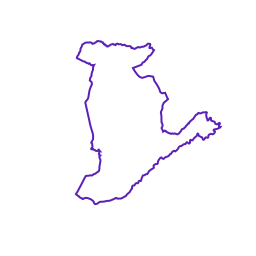 Las Naves, Bolivar, Ecuador (Equal Earth projection), rotated 209°
{"feature_id": "8360857B91548183775904", "entity_name": "Las Naves", "entity_type": "district", "adm_level": 2, "iso_a3": "ECU", "parent_name": "Ecuador", "parent_adm1": "Bolivar", "projection": "equal_earth", "projection_center": [-79.297, -1.282], "detail": "fine", "context": "isolated", "style": "outline", "palette": "violet", "viewbox_px": 256, "rotation_deg": 209, "n_neighbors": 0, "source": "geoboundaries", "source_scale": "gbopen_adm2", "svg_char_len": 5810}
<svg xmlns="http://www.w3.org/2000/svg" viewBox="0 0 256 256"><g transform="rotate(209 128 128)"><path d="M155.3,205.8L156.1,204.8L156.7,204.1L158.3,203.8L158.6,203.2L159.1,202.8L160.3,200.7L160.6,200.4L161.8,200.1L162.8,200.2L163.6,199.6L163.9,199.7L164.5,200.4L165.6,200.6L166.7,200.2L168.2,199.3L169.1,198.9L169.8,198.9L170.6,199.2L171.5,199.1L172.9,197.9L173.2,197.7L174.7,197.9L175.5,197.5L176.6,196.8L178.1,196.7L179.1,195.4L179.0,194.6L179.1,194.4L179.3,194.3L180.2,194.5L180.9,194.1L181.9,194.2L183.7,192.3L184.7,190.1L185.7,189.1L186.0,189.2L186.5,189.7L187.8,189.3L188.2,189.8L188.5,190.0L188.9,189.9L189.3,189.5L189.6,189.5L190.3,190.2L191.1,190.1L191.6,190.7L192.6,190.4L193.8,190.6L194.2,190.2L195.8,189.8L197.1,189.0L197.1,188.7L197.7,187.3L198.8,185.4L199.7,184.5L200.1,184.4L200.9,184.9L201.4,184.9L202.9,184.4L203.6,183.8L206.1,182.4L206.7,181.8L208.4,178.7L208.0,177.3L208.0,174.5L207.1,172.3L206.9,171.5L207.0,171.1L207.3,170.1L206.8,168.5L206.9,167.2L207.1,166.3L206.9,164.9L206.7,164.4L199.8,164.6L197.6,165.1L195.5,164.8L194.5,165.3L193.5,165.1L193.2,165.7L192.9,165.9L191.3,165.2L190.7,165.2L190.0,165.4L189.7,165.8L188.6,166.2L188.2,166.6L188.1,164.4L187.0,162.2L186.7,161.0L186.6,159.6L185.9,157.2L185.2,155.9L185.2,153.0L184.4,151.0L182.3,150.6L181.6,150.0L180.8,148.8L180.3,144.2L179.9,142.3L179.2,140.2L177.4,135.2L177.3,134.3L177.3,133.5L177.8,130.9L177.7,130.2L177.6,129.5L177.2,129.0L164.5,114.7L164.2,114.2L160.7,110.5L159.2,109.1L157.9,107.7L157.2,107.2L155.3,105.1L154.4,103.7L153.4,101.7L153.1,100.7L153.0,97.3L152.4,97.3L151.8,97.0L151.4,96.5L151.0,95.7L149.9,94.3L149.9,93.6L150.2,92.6L150.0,91.8L149.7,91.7L149.4,91.9L148.4,92.7L147.8,92.2L146.5,92.7L145.4,92.4L144.5,92.6L144.0,92.9L143.8,93.2L143.1,93.6L143.3,94.7L143.1,94.9L141.7,94.3L142.2,94.2L142.4,93.7L141.0,92.4L140.8,91.7L140.9,91.2L140.3,90.8L139.8,90.2L138.9,90.5L139.1,89.3L139.0,88.8L138.5,88.2L136.9,86.9L136.4,86.4L135.5,84.1L134.2,80.2L133.7,79.5L132.9,77.6L132.6,75.9L133.1,75.1L134.7,71.8L135.6,70.9L136.3,69.3L136.9,68.7L137.8,68.5L138.4,68.0L139.0,67.4L141.4,65.8L141.6,65.5L141.7,63.3L141.4,54.7L141.4,52.2L141.3,48.5L141.5,44.9L138.7,44.4L137.9,44.5L137.1,44.1L136.0,43.9L134.3,44.2L133.4,43.8L132.9,44.1L132.1,45.4L131.5,46.2L129.2,47.2L126.0,47.6L124.4,47.5L122.8,47.1L122.3,46.9L121.3,45.9L119.8,45.5L118.4,46.7L117.7,48.0L117.1,49.3L116.3,50.2L115.8,50.4L113.3,52.0L111.2,53.9L109.2,55.2L108.3,56.0L105.6,59.4L104.9,60.7L104.5,61.1L104.1,61.1L103.8,61.2L103.5,61.0L103.1,61.0L102.2,61.6L100.4,62.6L99.7,63.2L98.6,64.7L98.3,65.4L96.9,67.5L96.7,69.5L95.7,72.1L95.4,73.1L95.5,74.2L95.2,76.9L95.3,77.5L95.5,77.6L95.8,78.0L96.0,79.5L95.9,79.9L94.6,80.9L94.5,82.6L94.3,83.4L93.9,83.9L92.7,84.4L92.5,84.7L92.5,85.4L92.8,86.3L92.8,86.8L92.5,87.3L92.1,87.5L91.3,87.7L91.1,87.9L91.1,88.4L91.5,89.8L92.0,93.4L91.8,93.9L91.0,94.4L90.7,94.7L90.4,95.4L89.8,96.4L88.9,96.9L88.8,97.2L88.7,97.5L88.7,100.0L88.7,100.4L87.7,102.8L86.9,104.2L86.2,105.3L86.2,105.9L86.9,106.7L87.3,107.4L87.3,107.7L87.3,108.3L87.0,108.8L86.4,109.7L86.0,110.1L85.1,110.6L84.9,111.0L84.9,111.4L84.9,111.8L85.6,113.6L85.6,115.3L85.3,117.4L84.9,118.1L84.6,118.4L84.3,118.4L83.7,118.1L82.8,118.0L82.1,118.1L81.9,118.3L81.3,120.2L80.7,121.1L80.1,121.6L79.0,123.1L78.8,123.6L78.6,124.3L78.7,124.9L78.6,125.4L77.9,126.3L77.8,128.0L77.4,129.2L77.0,130.0L76.4,130.5L75.3,130.5L75.1,131.0L74.6,132.1L74.2,134.0L74.3,135.7L74.2,136.2L74.0,136.8L73.0,138.0L72.7,138.0L72.4,138.4L71.7,140.2L71.3,140.8L71.0,141.2L70.3,141.5L70.0,141.8L69.9,143.6L69.7,144.0L69.0,144.2L67.4,143.9L66.9,144.1L66.8,144.4L66.7,144.6L66.7,145.4L67.1,146.2L67.7,147.1L67.7,147.6L67.4,148.0L65.8,148.3L65.5,148.8L65.3,151.1L64.0,154.7L64.0,155.1L64.5,156.4L64.4,156.9L64.0,157.0L63.7,156.9L62.5,155.7L62.1,155.5L59.3,155.6L58.7,155.7L58.4,155.6L57.1,154.4L56.6,154.2L56.4,154.2L55.9,154.7L55.7,155.4L55.7,156.6L55.5,157.4L55.1,157.7L54.0,157.9L53.4,158.3L53.4,159.2L54.0,160.4L54.0,161.3L52.7,163.1L52.0,163.3L50.9,163.5L50.4,164.1L50.2,164.6L50.0,165.8L50.0,166.3L50.2,167.0L50.6,167.2L51.7,167.2L52.0,167.6L52.1,168.1L51.7,168.7L50.2,169.9L49.5,170.6L47.9,172.8L47.6,173.4L47.6,173.9L48.3,173.5L49.1,173.4L49.6,174.1L49.9,174.8L49.7,176.3L50.0,176.7L50.4,176.8L51.3,175.6L52.0,174.3L53.5,174.0L54.3,174.5L55.3,175.4L56.2,175.3L58.6,174.8L59.2,175.2L60.3,176.9L61.0,176.9L61.3,176.6L61.4,174.2L61.6,173.6L61.8,173.3L62.1,173.2L62.4,173.4L62.9,174.2L64.4,175.3L65.8,177.1L66.3,178.2L66.5,179.7L66.7,179.8L67.6,179.7L68.6,178.8L70.4,177.7L71.0,176.6L71.9,175.8L73.8,175.3L73.9,173.8L74.3,173.4L75.0,172.2L75.4,167.4L75.7,167.0L76.9,163.8L77.1,162.9L76.9,161.8L77.0,161.5L77.5,161.4L77.6,161.1L77.7,159.4L78.2,158.4L78.3,156.6L78.8,155.5L78.8,154.8L79.2,154.1L79.5,153.9L80.1,153.3L80.3,152.7L80.2,150.6L80.6,149.3L80.7,148.1L81.6,146.5L82.0,146.3L84.0,146.0L84.6,145.8L85.2,145.1L86.5,144.8L87.6,143.7L88.2,143.8L89.8,143.3L93.1,143.3L93.3,143.6L93.7,143.7L94.3,143.7L94.8,143.2L95.6,141.8L96.5,142.8L98.0,143.7L98.6,144.2L98.7,144.6L98.6,145.6L99.0,147.1L100.3,148.5L101.4,149.2L105.1,155.5L106.2,156.6L106.7,157.5L107.1,158.8L107.2,160.6L107.4,162.1L108.1,163.0L108.7,164.6L108.9,166.5L108.8,167.8L107.0,172.5L107.0,172.8L107.9,173.1L112.6,176.8L114.8,175.0L115.4,174.9L116.9,175.0L117.3,175.2L119.7,177.4L121.2,178.4L123.8,180.0L127.1,181.6L128.2,182.4L130.9,185.1L135.2,183.6L135.9,183.0L138.1,180.5L139.4,179.2L140.1,178.7L141.1,178.5L143.0,178.4L145.7,179.2L149.6,181.0L152.8,182.8L146.9,189.8L146.9,192.4L145.8,193.7L145.6,194.6L145.4,195.9L144.8,197.6L144.9,200.6L143.8,202.2L143.3,204.0L143.0,208.7L144.1,208.7L146.1,209.8L146.7,209.5L147.4,208.6L148.0,208.4L148.2,208.7L148.5,209.5L148.9,211.5L149.0,211.9L149.4,212.2L150.1,212.1L151.5,211.3L151.7,210.7L152.0,209.2L153.8,206.7L154.2,206.4L155.3,205.8Z" fill="none" stroke="#5b21b6" stroke-width="2"/></g></svg>